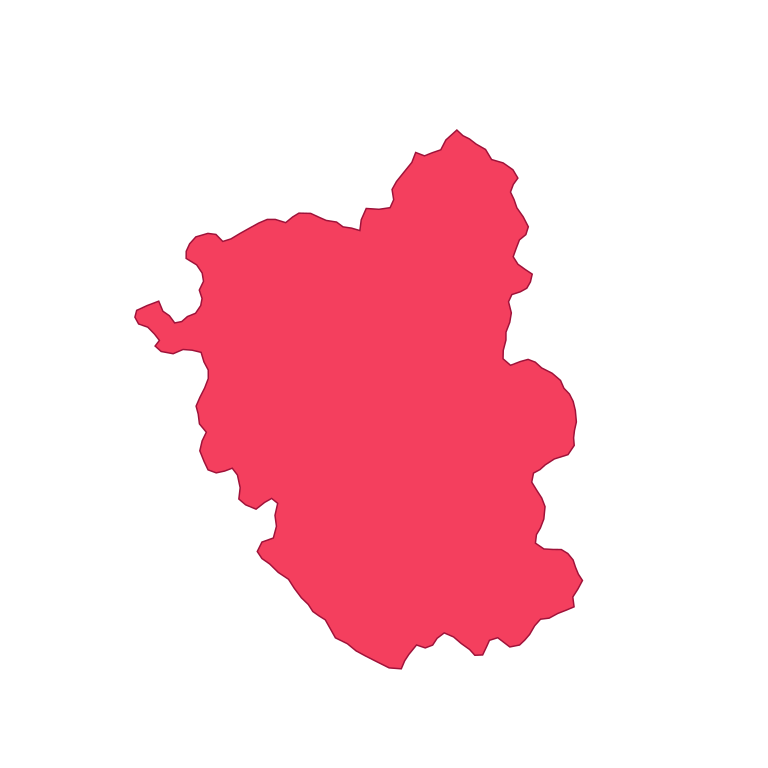 Matipó, Minas Gerais, Brazil, rotated 291°
{"feature_id": "56859067B68269695740740", "entity_name": "Matipó", "entity_type": "district", "adm_level": 2, "iso_a3": "BRA", "parent_name": "Brazil", "parent_adm1": "Minas Gerais", "projection": "mercator", "projection_center": [-42.313, -20.304], "detail": "fine", "context": "isolated", "style": "filled", "palette": "rose", "viewbox_px": 768, "rotation_deg": 291, "n_neighbors": 0, "source": "geoboundaries", "source_scale": "gbopen_adm2", "svg_char_len": 2655}
<svg xmlns="http://www.w3.org/2000/svg" viewBox="0 0 768 768"><g transform="rotate(291 384 384)"><path d="M124.3,502.2L133.0,502.5L140.4,504.1L152.0,507.9L152.4,517.1L157.7,523.0L165.6,524.7L173.2,529.4L172.8,539.6L169.4,549.1L166.8,559.1L163.3,566.0L166.4,573.2L175.4,573.9L182.5,574.3L187.9,581.1L183.6,595.7L188.9,604.1L195.4,607.2L202.4,609.7L212.3,611.3L220.5,614.4L224.6,622.1L232.1,628.5L238.3,635.3L244.1,641.3L252.8,636.6L262.1,638.5L271.7,639.7L276.1,633.6L281.5,628.5L287.5,623.6L291.6,616.4L293.0,608.9L290.0,600.8L287.3,592.4L289.7,582.4L298.0,580.3L305.5,581.6L315.2,581.6L327.2,578.3L334.1,572.1L338.9,565.5L345.3,557.1L354.4,555.5L360.0,560.3L366.3,563.5L375.1,569.9L384.0,581.1L394.8,583.6L401.7,580.3L408.8,578.5L417.5,577.2L427.9,572.1L435.6,566.8L441.1,560.7L444.5,553.5L450.6,547.5L454.3,537.1L455.5,525.4L458.6,517.4L458.6,509.7L453.9,503.3L446.8,495.4L450.2,486.1L458.1,483.3L468.7,482.1L476.1,479.3L486.7,479.3L496.0,477.4L505.4,470.8L513.3,471.3L518.9,478.2L524.6,483.0L531.8,484.1L539.7,483.0L541.5,474.9L543.8,466.1L549.1,459.0L558.1,458.8L567.1,458.8L574.3,462.9L582.5,462.4L589.9,454.1L596.1,444.9L602.8,439.3L608.5,433.3L616.7,433.2L624.2,435.2L630.2,427.6L633.1,416.0L632.1,404.0L639.3,394.8L641.0,384.0L643.4,376.0L644.1,368.7L647.2,361.0L634.0,354.3L623.0,353.1L617.2,346.2L611.5,340.0L611.5,330.6L600.9,330.6L588.2,326.5L577.6,323.1L568.5,321.8L559.5,327.0L550.8,326.5L545.3,316.7L541.5,304.5L529.1,303.9L518.6,306.5L517.9,297.8L516.0,289.4L518.2,281.7L516.0,271.4L516.4,263.3L517.0,254.4L513.0,243.3L507.3,238.9L499.4,234.4L498.7,223.6L495.8,216.0L489.3,209.3L481.7,202.9L472.8,195.5L464.6,189.1L459.3,182.4L463.4,173.5L461.5,165.6L453.9,155.6L445.2,152.3L437.0,151.8L430.3,154.3L428.1,166.4L422.4,174.5L415.2,178.7L405.5,177.9L398.6,183.5L391.5,184.8L382.5,182.7L376.5,176.3L369.8,172.8L366.0,166.7L370.8,159.2L372.7,151.5L380.6,144.0L372.3,134.7L364.1,126.7L357.1,127.5L352.1,133.4L352.4,143.1L348.4,151.8L344.2,158.7L337.4,156.7L334.5,164.3L336.7,176.3L344.2,184.0L346.8,192.7L348.0,201.9L340.1,208.0L334.1,214.9L326.1,218.0L316.0,218.0L305.5,216.9L296.0,216.5L289.4,221.3L280.6,226.0L275.3,235.4L265.7,234.6L255.6,236.0L247.2,243.8L240.8,250.5L240.9,259.2L245.6,266.4L251.0,272.5L246.5,279.8L235.6,286.9L224.6,289.7L221.6,298.1L221.3,309.4L230.7,315.0L236.9,320.1L234.5,327.5L222.3,329.3L212.6,334.6L200.6,335.9L192.7,326.7L182.2,325.7L177.3,332.6L175.0,341.8L170.2,352.8L167.5,364.8L161.1,373.5L154.8,383.5L151.0,392.4L146.1,399.1L144.2,406.5L142.8,413.7L136.6,421.2L129.6,429.6L128.4,442.9L124.8,453.7L123.4,464.6L122.0,478.2L120.8,490.5L124.3,502.2Z" fill="#f43f5e" stroke="#9f1239" stroke-width="1.5"/></g></svg>